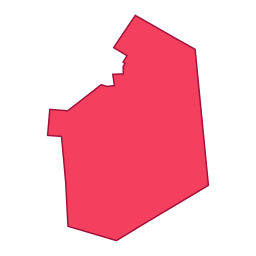 the district of Lewis, New York, United States of America
{"feature_id": "52423323B86796072613442", "entity_name": "Lewis", "entity_type": "district", "adm_level": 2, "iso_a3": "USA", "parent_name": "United States of America", "parent_adm1": "New York", "projection": "equal_earth", "projection_center": [-75.532, 43.819], "detail": "fine", "context": "isolated", "style": "filled", "palette": "rose", "viewbox_px": 256, "rotation_deg": 0, "n_neighbors": 0, "source": "geoboundaries", "source_scale": "gbopen_adm2", "svg_char_len": 433}
<svg xmlns="http://www.w3.org/2000/svg" viewBox="0 0 256 256"><path d="M135.3,15.4L116.4,43.5L113.7,47.6L127.0,55.7L123.1,62.2L125.1,63.4L123.2,66.4L123.3,73.9L112.8,74.3L114.4,85.7L106.9,86.4L101.2,84.7L67.7,110.8L49.8,109.4L47.6,135.4L61.5,136.4L64.1,164.5L65.7,182.5L68.0,226.3L116.4,240.6L147.1,221.9L183.4,200.3L208.4,185.3L195.1,49.3L175.4,38.3L142.4,19.4L135.3,15.4Z" fill="#f43f5e" stroke="#9f1239" stroke-width="1.5"/></svg>